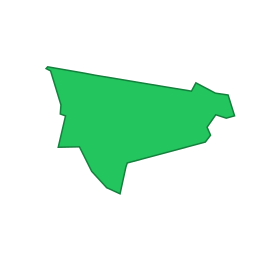 outline of Schenectady, New York, United States of America, rotated 199°
{"feature_id": "52423323B8631496960035", "entity_name": "Schenectady", "entity_type": "district", "adm_level": 2, "iso_a3": "USA", "parent_name": "United States of America", "parent_adm1": "New York", "projection": "mercator", "projection_center": [-74.057, 42.834], "detail": "fine", "context": "isolated", "style": "filled", "palette": "green", "viewbox_px": 256, "rotation_deg": 199, "n_neighbors": 0, "source": "geoboundaries", "source_scale": "gbopen_adm2", "svg_char_len": 478}
<svg xmlns="http://www.w3.org/2000/svg" viewBox="0 0 256 256"><g transform="rotate(199 128 128)"><path d="M224.8,157.5L219.8,156.8L198.9,128.0L196.6,119.2L191.0,119.1L187.7,87.1L167.8,94.4L148.2,75.2L128.7,64.6L114.1,63.2L117.3,90.6L117.3,94.7L50.3,139.9L47.6,148.1L53.5,154.5L49.3,169.1L38.3,169.3L31.2,174.2L44.1,191.8L56.7,189.4L78.5,192.8L80.0,183.5L108.8,178.6L176.3,167.2L186.8,165.7L223.9,159.7L224.8,157.5Z" fill="#22c55e" stroke="#15803d" stroke-width="1.5"/></g></svg>